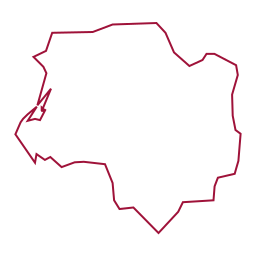 outline of Lushnjë, Fier, Albania
{"feature_id": "67620474B73435711419495", "entity_name": "Lushnjë", "entity_type": "district", "adm_level": 2, "iso_a3": "ALB", "parent_name": "Albania", "parent_adm1": "Fier", "projection": "mercator", "projection_center": [19.57, 40.906], "detail": "fine", "context": "isolated", "style": "outline", "palette": "rose", "viewbox_px": 256, "rotation_deg": 0, "n_neighbors": 0, "source": "geoboundaries", "source_scale": "gbopen_adm2", "svg_char_len": 862}
<svg xmlns="http://www.w3.org/2000/svg" viewBox="0 0 256 256"><path d="M33.5,56.9L43.4,66.8L46.4,73.2L37.4,105.3L51.0,88.7L42.8,108.5L41.7,107.5L41.7,110.4L42.0,110.9L42.5,110.9L42.7,110.4L42.9,110.4L43.3,110.0L43.7,110.1L44.1,110.0L44.2,109.7L44.5,109.9L45.1,109.8L45.6,109.3L40.0,120.1L35.0,118.9L27.7,120.8L36.8,106.7L27.7,114.3L23.1,118.8L20.6,122.3L15.4,134.3L35.0,162.7L36.5,154.1L44.9,159.9L50.3,157.0L61.6,167.1L74.7,162.3L83.8,161.8L105.0,164.2L112.6,183.0L114.1,200.3L119.5,209.0L133.4,207.5L158.5,233.0L178.2,211.8L182.9,202.2L213.5,200.3L214.6,186.3L217.9,177.7L234.7,173.8L236.1,168.8L238.4,160.9L240.6,133.8L235.5,130.0L232.7,115.7L232.1,94.6L237.8,75.0L236.1,65.2L214.5,53.9L206.5,53.9L202.5,60.0L189.4,66.0L174.0,52.4L165.5,32.8L156.4,23.0L112.6,24.5L92.7,32.0L52.2,32.8L46.0,50.9L33.5,56.9Z" fill="none" stroke="#9f1239" stroke-width="2"/></svg>